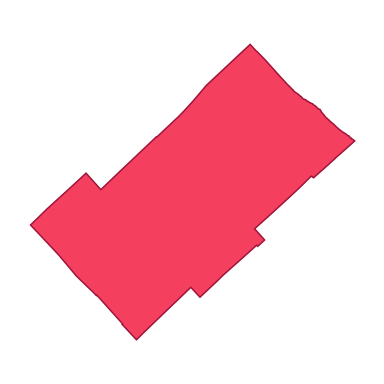 General Las Heras, Buenos Aires, Argentina (Robinson projection), rotated 94°
{"feature_id": "61730980B57566902843096", "entity_name": "General Las Heras", "entity_type": "district", "adm_level": 2, "iso_a3": "ARG", "parent_name": "Argentina", "parent_adm1": "Buenos Aires", "projection": "robinson", "projection_center": [-59.099, -34.91], "detail": "fine", "context": "isolated", "style": "filled", "palette": "rose", "viewbox_px": 384, "rotation_deg": 94, "n_neighbors": 0, "source": "geoboundaries", "source_scale": "gbopen_adm2", "svg_char_len": 3763}
<svg xmlns="http://www.w3.org/2000/svg" viewBox="0 0 384 384"><g transform="rotate(94 192 192)"><path d="M333.7,228.6L321.8,217.9L287.2,186.5L296.4,176.7L279.5,161.1L272.8,155.1L265.5,148.0L255.4,138.1L240.6,123.8L241.6,122.6L234.8,116.2L224.3,127.0L211.0,114.1L193.7,97.6L180.1,84.9L167.9,74.2L168.0,73.8L168.0,73.6L168.2,73.4L168.3,73.3L168.4,73.1L168.7,73.0L168.8,72.8L169.0,72.5L169.0,72.1L169.2,71.9L169.3,71.7L162.7,65.2L152.4,55.2L148.0,51.0L147.9,51.1L142.0,45.2L129.7,33.2L129.6,33.3L129.4,33.5L129.2,34.0L129.0,34.5L128.8,34.7L128.6,34.8L128.5,35.0L128.3,35.2L128.1,35.4L128.0,35.6L128.0,35.8L128.0,36.2L127.9,36.4L127.7,36.6L127.3,36.8L127.2,37.0L127.0,37.3L126.8,37.5L126.6,37.7L126.6,38.0L126.4,38.3L126.2,38.5L125.6,38.9L125.4,39.0L125.2,39.2L125.1,39.5L125.0,39.8L125.0,40.0L124.8,40.3L124.8,40.5L124.6,40.8L124.4,41.1L124.2,41.4L124.0,41.6L123.7,42.0L123.5,42.3L123.3,42.6L123.2,43.0L123.0,43.3L122.8,43.6L122.6,44.0L122.3,44.5L122.2,44.8L122.1,45.0L122.0,45.3L121.8,45.5L121.7,45.8L121.5,46.0L121.3,46.4L121.1,46.6L121.0,46.9L120.8,47.3L120.6,47.5L120.4,47.8L120.2,48.0L120.0,48.3L119.8,48.6L119.7,48.9L119.5,49.2L119.3,49.5L119.1,49.7L118.8,50.0L118.6,50.4L118.3,50.8L118.1,51.0L117.8,51.4L117.6,51.6L117.4,52.0L117.1,52.4L116.9,52.7L116.6,53.0L116.4,53.1L116.2,53.4L116.0,53.6L115.8,53.9L115.6,54.2L115.4,54.4L115.2,54.7L115.0,54.8L114.7,55.1L114.6,55.3L114.4,55.5L114.1,55.9L113.9,56.3L113.7,56.6L113.4,57.0L113.2,57.3L112.9,57.6L112.6,58.0L112.4,58.3L112.3,58.5L112.0,58.9L111.8,59.1L111.6,59.3L111.5,59.5L111.4,59.6L111.2,59.9L111.2,60.1L110.8,60.3L110.5,60.5L110.3,60.8L110.2,61.0L109.9,61.5L109.7,61.8L109.4,62.2L109.2,62.4L109.0,62.5L108.9,62.7L108.8,62.9L108.6,63.2L108.4,63.5L108.2,63.7L108.1,64.0L107.8,64.2L107.6,64.3L107.3,64.5L107.1,64.7L106.9,64.9L106.6,65.2L106.3,65.4L106.2,65.6L106.0,65.8L105.8,65.9L105.5,66.0L105.3,66.3L105.1,66.6L104.9,66.8L104.7,67.1L104.3,67.4L104.0,67.6L103.9,67.7L103.7,67.9L103.6,68.0L103.4,68.2L103.2,68.5L102.9,68.6L102.6,68.7L102.4,68.8L102.2,68.9L102.1,69.1L102.0,69.3L101.8,69.5L101.6,69.5L101.2,69.6L101.0,69.8L100.9,69.9L100.7,70.2L100.6,70.5L100.5,70.8L100.5,71.0L100.4,71.3L100.2,71.6L100.2,71.8L100.1,72.1L100.0,72.3L99.8,72.4L99.6,72.6L99.4,72.8L99.2,73.0L98.9,73.4L98.7,73.5L98.4,73.9L98.2,74.3L97.9,74.6L97.6,74.8L97.4,75.1L97.3,75.3L97.3,75.5L97.2,75.8L97.0,76.0L96.8,76.2L96.7,76.5L96.6,77.0L96.4,77.2L96.2,77.4L95.9,77.5L95.6,77.8L95.6,78.0L95.5,78.3L95.4,78.4L95.4,78.7L95.3,79.0L95.2,79.2L95.2,79.4L95.0,79.7L94.9,79.9L94.7,80.2L94.7,80.5L94.6,80.8L94.5,81.0L94.4,81.2L94.2,81.4L94.0,81.7L93.9,82.0L93.7,82.4L93.5,82.6L93.4,82.9L93.3,83.2L93.1,83.4L93.1,83.6L93.0,83.8L92.9,84.1L92.8,84.3L92.7,84.6L92.3,84.7L92.2,84.8L92.1,85.1L91.9,85.4L91.8,85.6L91.7,85.8L91.7,86.1L91.7,86.3L91.7,86.5L91.6,86.9L91.6,87.2L91.5,87.4L91.3,87.6L91.1,87.9L91.0,88.1L90.8,88.3L90.6,88.6L90.4,88.6L90.3,88.8L90.1,89.0L89.8,89.2L89.5,89.4L89.3,89.7L89.2,90.0L88.8,90.5L88.6,90.9L88.4,91.2L88.3,91.4L88.1,91.7L87.9,92.0L87.6,92.1L87.4,92.3L87.3,92.6L87.2,92.8L86.9,93.1L86.7,93.4L86.4,93.8L86.2,94.2L86.1,94.5L85.9,95.0L85.6,95.5L85.4,95.6L85.3,95.9L85.1,96.2L85.0,96.5L84.8,96.7L84.6,96.9L84.5,97.1L84.4,97.3L84.3,97.5L84.0,97.7L83.8,97.8L83.5,98.0L83.4,98.0L83.2,98.2L83.0,98.4L82.9,98.6L82.8,98.8L82.9,99.1L82.2,99.5L79.8,102.2L77.5,104.9L68.6,114.3L54.9,128.4L49.7,134.3L47.1,137.2L47.1,137.5L40.7,144.3L65.0,166.9L84.6,185.1L101.5,197.5L111.7,205.6L117.5,210.5L139.9,231.2L139.6,231.6L142.6,234.3L175.4,264.4L186.4,274.4L196.0,283.1L180.6,299.0L196.1,313.6L218.6,335.1L236.2,350.8L248.8,337.1L264.0,320.7L284.1,301.3L299.5,282.9L302.0,280.2L301.5,279.8L301.9,279.4L311.3,269.7L328.6,251.9L329.0,252.4L343.3,237.1L335.6,230.3L333.7,228.6Z" fill="#f43f5e" stroke="#9f1239" stroke-width="1.5"/></g></svg>